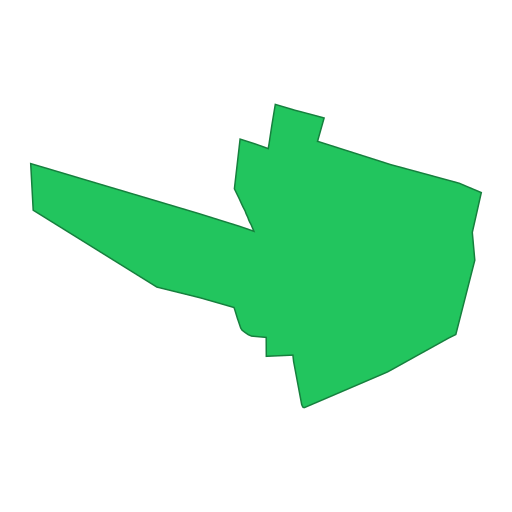 Gwanda Urban, Matabeleland South, Zimbabwe
{"feature_id": "62879985B63510140227201", "entity_name": "Gwanda Urban", "entity_type": "district", "adm_level": 2, "iso_a3": "ZWE", "parent_name": "Zimbabwe", "parent_adm1": "Matabeleland South", "projection": "natural_earth1", "projection_center": [28.998, -20.935], "detail": "fine", "context": "isolated", "style": "filled", "palette": "green", "viewbox_px": 512, "rotation_deg": 0, "n_neighbors": 0, "source": "geoboundaries", "source_scale": "gbopen_adm2", "svg_char_len": 838}
<svg xmlns="http://www.w3.org/2000/svg" viewBox="0 0 512 512"><path d="M271.8,125.6L269.6,140.2L269.1,143.6L268.2,148.6L254.8,143.8L240.1,139.1L234.4,188.8L239.2,198.6L241.4,203.5L243.1,207.1L245.1,210.9L246.1,213.7L247.0,215.6L247.9,217.5L248.6,219.6L249.7,222.1L251.1,224.6L253.9,231.3L239.2,226.2L219.6,220.1L198.9,213.6L30.7,163.6L33.2,210.2L156.9,287.1L200.2,297.8L234.0,307.5L234.9,310.1L237.7,319.3L238.0,320.0L240.7,328.0L242.0,330.1L245.1,332.5L248.3,334.7L251.6,336.1L266.2,337.4L266.3,356.3L292.9,355.1L293.6,361.4L301.7,404.6L302.7,406.8L303.2,407.4L304.4,407.6L387.6,371.9L448.5,338.1L455.8,334.5L474.8,260.2L472.3,232.4L481.3,192.6L465.4,185.9L459.4,183.3L442.2,178.6L390.6,164.6L317.8,141.4L317.5,141.4L324.1,118.0L299.9,111.5L295.1,110.3L275.3,104.4L271.8,125.6Z" fill="#22c55e" stroke="#15803d" stroke-width="1.5"/></svg>